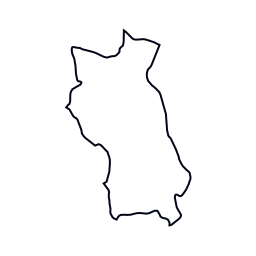 an SVG outline of Paktya, rotated 111°
{"feature_id": "AFG-3413", "entity_name": "Paktya", "entity_type": "Province", "adm_level": 1, "iso_a3": "AFG", "parent_name": "Afghanistan", "parent_adm1": "", "projection": "orthographic", "projection_center": [69.398, 33.616], "detail": "fine", "context": "isolated", "style": "outline", "palette": "ink", "viewbox_px": 256, "rotation_deg": 111, "n_neighbors": 0, "source": "natural_earth", "source_scale": "10m", "svg_char_len": 2212}
<svg xmlns="http://www.w3.org/2000/svg" viewBox="0 0 256 256"><g transform="rotate(111 128 128)"><path d="M204.0,54.4L201.7,55.2L199.3,57.7L199.0,60.5L199.5,63.1L199.2,65.7L196.7,68.3L194.8,70.9L195.7,73.5L200.0,77.8L201.3,80.0L203.2,86.7L204.5,89.5L208.0,94.5L209.3,97.2L210.4,100.6L211.9,103.9L214.1,105.3L217.6,105.8L217.5,108.3L217.2,109.5L216.5,110.9L214.1,113.6L213.1,114.3L209.5,115.5L205.3,118.1L201.9,119.6L199.5,121.1L196.1,122.4L194.9,122.5L193.6,123.4L192.8,124.1L188.5,130.8L186.0,128.9L185.8,128.8L185.4,128.8L175.4,129.8L166.4,132.6L164.2,133.6L162.0,135.0L157.5,138.8L156.7,140.9L154.4,145.5L153.6,147.6L153.7,149.7L156.2,152.4L152.8,163.5L152.0,165.6L150.6,167.8L149.7,169.0L146.3,171.0L138.4,178.1L137.6,179.3L137.3,181.2L136.6,183.3L134.1,186.4L132.1,188.7L131.6,189.5L130.9,193.1L128.0,192.2L127.4,191.8L126.4,191.3L124.0,191.5L117.3,193.9L114.6,194.3L111.6,193.7L107.2,190.2L106.0,189.2L105.6,188.8L105.0,188.3L104.4,188.0L103.5,187.8L102.6,187.7L102.1,187.9L101.8,188.4L101.8,189.5L101.9,190.2L102.1,190.8L102.1,191.2L102.1,191.7L100.8,193.0L95.8,196.1L88.6,199.4L82.7,202.9L78.7,206.6L76.6,207.9L74.4,208.8L73.5,209.0L73.0,209.0L72.6,208.9L71.9,207.8L71.2,203.8L70.6,201.8L70.6,200.4L70.8,199.5L70.8,198.6L69.6,188.3L69.5,184.7L70.2,176.4L70.1,174.6L69.9,173.5L69.5,172.5L67.1,169.3L65.6,166.2L65.0,165.6L64.2,164.9L61.0,163.5L60.2,163.3L59.4,163.4L58.3,163.9L57.2,164.1L55.7,163.8L52.9,162.3L49.2,162.9L38.4,166.8L39.3,163.8L42.9,155.9L43.1,154.4L42.8,152.7L41.5,149.5L39.8,146.2L39.2,144.1L38.9,140.9L38.6,134.7L39.2,128.3L60.8,128.6L63.1,129.0L66.1,130.3L67.8,130.3L70.1,130.0L72.1,129.3L73.8,128.5L74.7,127.8L76.7,126.2L79.5,121.1L81.1,116.3L83.4,111.6L85.2,109.7L87.2,108.2L101.4,97.6L115.9,90.8L120.6,87.7L121.4,86.6L122.4,84.4L130.2,76.2L131.0,75.4L136.6,70.4L138.4,69.4L140.0,67.9L142.5,65.1L144.0,63.0L146.1,58.5L147.3,55.0L148.2,54.1L151.4,52.1L152.8,51.6L154.2,51.4L156.6,51.4L158.4,51.2L164.9,51.7L169.8,52.9L171.2,53.4L172.3,54.0L172.8,54.6L173.0,55.5L172.9,56.6L172.7,57.8L172.8,59.0L173.3,59.7L175.0,59.7L176.6,59.1L184.7,54.0L189.7,47.8L190.6,47.2L191.4,47.0L192.2,47.1L193.1,47.3L194.1,47.6L202.9,52.8L204.0,54.4Z" fill="none" stroke="#020617" stroke-width="2"/></g></svg>